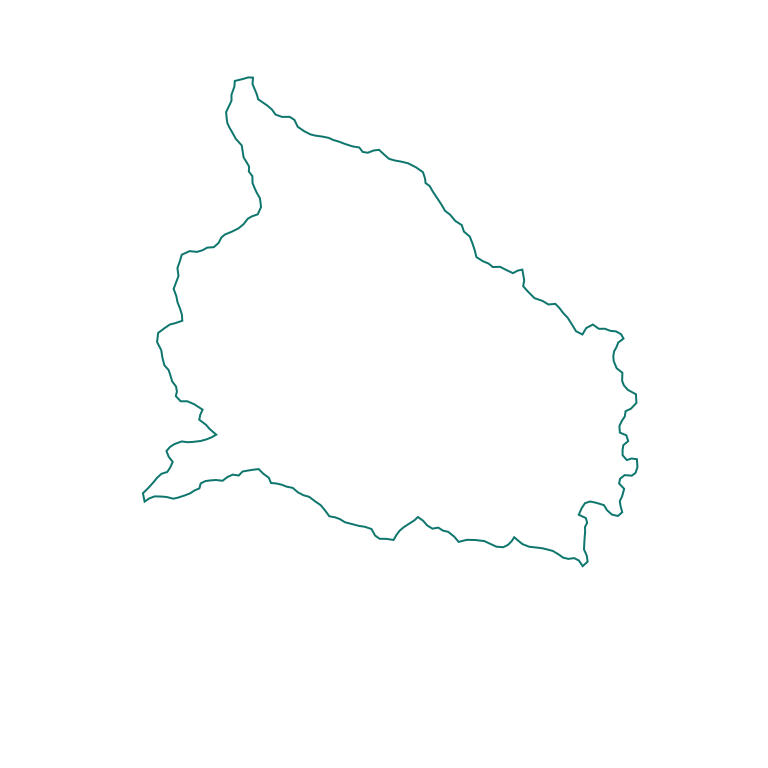 São Tiago, Minas Gerais, Brazil (Albers equal-area conic projection), rotated 297°
{"feature_id": "56859067B90152624150302", "entity_name": "São Tiago", "entity_type": "district", "adm_level": 2, "iso_a3": "BRA", "parent_name": "Brazil", "parent_adm1": "Minas Gerais", "projection": "albers", "projection_center": [-44.566, -20.944], "detail": "fine", "context": "isolated", "style": "outline", "palette": "teal", "viewbox_px": 768, "rotation_deg": 297, "n_neighbors": 0, "source": "geoboundaries", "source_scale": "gbopen_adm2", "svg_char_len": 3874}
<svg xmlns="http://www.w3.org/2000/svg" viewBox="0 0 768 768"><g transform="rotate(297 384 384)"><path d="M311.9,643.7L318.1,646.1L323.2,642.5L327.4,637.3L332.7,634.9L338.2,632.5L343.4,630.4L347.9,628.0L352.6,628.0L356.2,624.7L355.9,616.9L363.2,616.5L369.1,617.2L372.9,621.0L374.6,627.5L375.9,635.0L372.8,640.0L371.1,646.4L372.6,652.3L377.9,654.5L382.6,650.2L386.8,647.2L391.8,647.2L399.6,645.6L402.1,638.6L406.9,637.4L412.1,639.8L414.8,646.4L419.0,648.5L425.1,647.5L431.8,643.5L430.0,638.4L426.5,634.9L428.8,629.0L433.3,626.6L438.1,625.0L444.0,627.5L448.3,623.2L447.8,616.2L453.5,612.8L459.5,612.7L464.3,613.3L469.5,611.6L474.0,615.2L481.7,617.5L489.2,613.2L489.5,603.9L491.7,598.3L495.0,594.7L502.2,591.3L503.7,584.1L508.7,578.3L512.8,575.7L517.5,574.2L522.2,574.4L527.3,573.9L533.2,576.8L536.0,572.6L536.2,566.7L534.2,561.9L533.5,555.7L530.7,550.4L531.8,543.1L525.7,538.8L518.2,538.3L518.2,531.1L521.9,525.2L526.3,517.8L528.8,511.0L531.3,505.9L533.2,500.3L529.5,494.4L530.0,487.5L528.8,479.2L531.8,470.0L534.3,463.6L540.1,461.8L544.1,458.8L548.7,455.3L545.7,451.6L541.3,448.6L541.1,441.4L541.1,434.2L537.6,427.8L538.8,422.6L538.3,416.2L539.0,408.8L544.8,403.7L549.8,398.6L554.3,393.5L556.1,386.0L560.9,381.1L561.6,373.6L564.9,365.9L566.0,359.8L570.0,353.6L574.0,346.6L577.7,340.0L581.1,334.9L581.9,329.8L585.7,327.3L590.4,322.6L591.6,314.1L591.6,305.2L589.9,298.2L588.1,292.3L586.9,286.3L588.4,280.3L590.4,273.3L587.4,268.8L582.7,264.6L581.1,259.7L583.5,254.6L581.4,247.9L580.2,240.4L579.4,233.2L578.4,228.1L578.2,223.0L576.5,216.9L574.1,209.9L573.0,205.1L573.0,198.3L574.0,190.4L578.7,184.2L579.2,178.6L575.7,171.9L574.8,165.1L577.7,159.5L579.2,153.2L580.5,142.7L584.5,139.0L587.9,135.0L591.5,130.7L597.5,128.2L595.5,123.8L591.6,119.7L586.3,113.5L581.0,115.7L572.4,116.8L567.2,119.5L561.4,119.7L554.5,119.9L549.5,123.1L545.2,126.1L542.2,130.1L539.0,135.0L535.2,140.6L532.0,148.9L526.9,152.6L522.2,156.0L519.4,160.6L516.5,165.1L512.0,167.1L509.4,172.4L503.4,175.6L499.7,179.9L496.7,183.7L493.1,189.2L485.9,194.1L477.9,194.5L473.4,190.2L469.4,187.6L462.6,186.3L456.6,183.7L450.8,179.4L445.1,174.5L440.8,172.6L434.7,172.6L428.6,170.2L425.3,164.6L420.8,161.6L416.8,157.4L414.1,150.4L407.4,145.1L400.6,146.4L393.6,147.3L386.8,151.9L380.3,152.6L373.2,153.4L368.1,159.0L363.0,163.0L358.8,167.8L354.2,172.3L348.8,175.6L343.3,170.2L339.8,166.2L334.3,163.2L327.0,159.6L318.4,162.7L313.0,170.2L306.6,174.8L301.0,179.8L298.6,185.8L294.8,189.7L290.2,194.0L287.3,199.9L283.3,202.9L278.7,204.0L276.3,210.6L279.3,216.5L279.8,223.8L278.8,234.0L273.0,234.3L268.3,235.6L266.8,244.1L264.8,248.9L262.7,257.5L258.5,254.8L254.0,250.9L250.0,246.5L245.5,239.8L243.0,235.5L241.0,229.9L235.4,224.6L230.7,221.9L225.5,220.6L221.5,225.1L218.7,231.1L212.5,231.4L207.2,230.8L203.0,226.5L197.2,224.3L192.1,223.3L184.4,221.2L177.2,218.8L170.5,224.1L175.5,226.8L179.7,230.6L182.5,236.4L184.6,241.5L186.2,248.4L189.2,252.0L193.9,256.7L198.7,261.0L203.0,263.4L207.2,266.9L212.2,265.8L216.5,269.0L219.6,273.6L222.2,277.9L224.5,284.1L230.0,286.7L234.6,290.4L236.5,296.1L241.8,297.7L244.7,301.5L248.2,306.3L251.3,311.0L249.3,317.0L248.2,323.9L244.5,328.3L246.5,333.3L247.8,338.4L248.3,343.7L250.0,349.8L248.4,356.6L248.3,362.5L249.5,368.6L248.1,376.4L247.3,382.6L244.3,389.5L241.3,395.3L243.0,401.0L243.6,405.9L243.1,412.0L244.6,418.7L246.2,426.2L248.1,431.8L249.1,438.7L244.9,444.9L244.1,450.3L247.2,456.7L249.4,463.3L255.1,463.6L260.3,464.5L265.4,466.6L270.9,469.8L276.4,473.0L280.9,474.6L279.9,481.0L277.6,486.6L277.1,492.8L280.7,497.6L280.1,502.9L281.4,508.3L279.9,515.8L277.2,522.2L282.8,528.6L286.4,536.1L289.6,544.7L289.8,551.1L290.1,558.1L292.7,564.3L296.9,567.5L301.9,569.1L306.6,569.6L305.4,574.4L304.2,580.1L304.9,587.2L307.1,593.0L309.4,599.3L310.7,604.6L311.9,610.3L311.4,617.0L310.6,622.6L311.9,627.7L315.2,632.5L315.2,637.8L311.9,643.7Z" fill="none" stroke="#0f766e" stroke-width="2"/></g></svg>